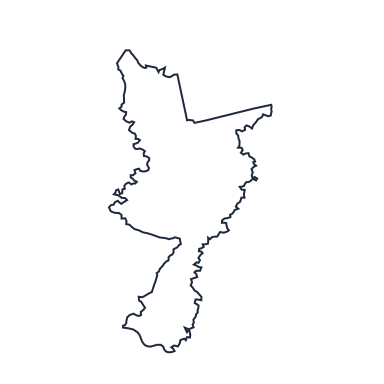 outline of Corbélia, Paraná, Brazil, rotated 168°
{"feature_id": "56859067B16321147741741", "entity_name": "Corbélia", "entity_type": "district", "adm_level": 2, "iso_a3": "BRA", "parent_name": "Brazil", "parent_adm1": "Paraná", "projection": "mercator", "projection_center": [-53.229, -24.737], "detail": "fine", "context": "isolated", "style": "outline", "palette": "slate", "viewbox_px": 384, "rotation_deg": 168, "n_neighbors": 0, "source": "geoboundaries", "source_scale": "gbopen_adm2", "svg_char_len": 4550}
<svg xmlns="http://www.w3.org/2000/svg" viewBox="0 0 384 384"><g transform="rotate(168 192 192)"><path d="M287.6,73.7L282.6,71.9L278.0,69.7L274.4,66.0L273.0,63.0L272.4,59.4L271.9,56.1L270.5,52.9L269.1,51.3L267.1,50.1L264.5,49.4L258.0,49.8L254.3,49.0L252.3,46.7L252.0,44.0L250.8,41.6L248.7,40.2L244.8,39.6L242.1,40.1L242.9,42.6L244.5,44.4L241.5,45.6L237.9,43.9L235.4,46.6L234.3,49.4L231.9,50.0L229.9,50.1L228.9,48.3L227.0,51.1L224.3,50.1L223.4,52.5L223.3,54.7L223.6,58.3L221.5,58.8L218.6,59.3L219.0,62.2L217.4,63.8L217.1,66.9L214.4,69.2L213.5,71.5L211.4,72.9L211.2,75.0L210.0,77.0L209.2,79.7L210.5,81.1L212.4,82.8L210.9,86.1L208.9,85.7L205.4,84.2L204.6,87.5L207.8,93.2L210.0,95.1L211.1,98.2L212.7,100.8L210.7,103.8L211.1,107.0L204.7,107.7L204.8,110.6L206.3,113.0L204.3,114.0L200.5,113.3L198.5,116.3L201.0,117.2L202.9,119.1L205.2,120.6L202.2,122.2L200.3,121.4L198.4,123.6L199.4,126.2L196.9,128.6L194.3,130.0L195.4,131.9L197.6,132.6L196.8,134.9L194.5,135.0L191.9,135.9L192.4,138.5L190.1,138.1L187.1,138.2L186.4,140.4L185.7,144.0L184.2,142.1L181.8,143.7L178.9,143.6L176.8,143.1L174.6,145.2L172.9,147.0L169.3,145.6L166.3,145.9L163.9,146.8L165.1,149.3L165.2,151.9L165.0,154.5L167.2,155.4L169.1,155.6L168.4,158.1L165.8,159.3L162.1,159.1L159.6,159.5L159.5,161.8L157.6,162.2L155.5,163.6L154.1,165.5L152.1,165.8L150.2,166.0L152.2,168.6L150.0,171.3L147.3,172.2L145.8,174.3L144.9,176.2L141.8,175.6L141.9,178.3L140.0,183.1L142.9,183.9L144.2,187.1L142.3,186.9L139.8,187.1L138.5,189.1L137.0,190.3L134.7,190.0L132.8,190.4L129.7,192.4L130.2,195.5L128.5,198.6L129.0,202.1L126.2,203.8L123.9,204.4L125.5,206.2L125.9,208.4L124.0,208.7L124.3,211.0L126.4,213.3L128.4,214.8L128.7,218.3L131.9,218.5L134.0,217.9L136.0,220.3L133.7,222.4L134.3,224.9L137.7,225.8L136.1,227.2L135.4,229.8L134.9,232.1L135.4,234.8L135.1,237.6L136.5,240.2L135.8,243.2L132.6,242.8L130.5,240.9L127.1,241.8L127.1,244.3L124.9,245.8L122.3,244.2L120.1,241.6L118.2,244.6L114.8,247.1L112.2,249.6L109.7,250.1L107.6,251.1L106.3,253.2L104.2,251.8L101.6,250.3L99.1,250.4L98.3,252.3L97.4,254.1L97.3,256.8L96.4,258.7L96.4,260.8L113.8,260.8L163.8,259.1L175.2,259.1L176.2,261.8L180.0,263.1L181.9,263.1L181.9,267.3L181.9,269.4L181.9,290.3L181.9,310.0L185.3,310.5L187.9,309.4L189.8,308.9L193.5,310.5L195.7,312.6L192.6,319.3L195.4,318.4L198.3,318.1L199.8,316.2L201.1,321.0L210.8,325.3L210.8,323.2L212.7,323.2L215.3,325.4L216.6,327.5L217.7,329.6L218.2,332.4L219.6,334.7L221.4,338.6L222.5,340.2L223.6,343.5L227.4,344.4L238.6,333.5L238.0,329.3L238.7,327.2L236.8,325.7L235.8,321.7L234.9,319.8L236.3,317.9L235.6,315.7L235.1,313.5L235.0,310.8L235.4,308.6L236.2,305.8L237.2,303.6L238.5,301.0L239.2,297.0L239.8,293.5L242.7,292.2L243.2,290.0L245.7,288.9L244.3,286.8L242.1,284.8L239.8,283.9L240.5,281.5L242.5,279.7L243.7,277.6L241.6,274.8L238.8,272.8L236.1,273.6L234.1,272.3L236.4,270.0L238.9,268.8L240.8,265.6L237.9,262.2L235.7,260.9L235.2,258.5L236.2,255.7L233.8,255.2L232.2,253.6L234.5,251.6L236.5,251.1L239.2,250.9L239.7,248.3L238.4,246.0L236.2,245.3L234.3,245.6L231.5,243.8L229.6,241.7L231.3,239.7L231.5,237.1L228.8,236.2L226.8,233.9L227.5,231.7L229.1,230.5L230.3,228.1L229.1,224.3L230.3,222.4L233.1,221.9L235.6,222.2L238.4,223.6L238.9,225.8L241.4,225.8L243.7,225.4L243.4,222.1L246.1,220.7L248.4,221.2L248.9,219.0L247.4,217.5L245.8,214.9L243.9,213.5L245.7,212.1L247.8,212.6L249.7,212.0L251.8,214.5L253.7,214.1L255.4,213.5L257.0,211.9L257.1,209.1L259.5,209.0L260.5,205.4L262.9,205.1L263.6,209.8L265.8,209.5L267.0,207.4L268.9,206.0L265.1,204.3L263.6,202.9L261.8,200.7L258.6,199.9L257.2,197.6L261.1,196.2L263.6,195.1L265.0,196.7L266.4,198.8L269.7,198.0L271.0,196.0L274.2,195.9L276.4,194.2L275.4,190.0L272.5,188.0L270.2,187.2L267.8,186.6L265.7,184.2L266.4,180.6L262.9,180.2L262.1,177.3L263.0,174.3L259.9,172.9L257.9,170.0L255.8,167.6L251.7,165.4L248.3,162.7L244.8,161.2L241.5,159.5L239.8,158.5L233.1,154.3L227.5,152.4L224.3,150.6L222.0,150.8L220.0,150.7L218.3,151.3L213.6,148.9L213.8,143.3L215.7,142.9L218.0,140.9L222.0,139.8L222.6,136.6L224.4,134.9L226.3,134.5L228.3,133.3L229.2,130.0L231.5,129.4L234.1,127.8L235.7,126.0L237.3,125.0L239.3,123.6L240.9,121.2L243.4,120.0L243.3,117.8L245.8,113.0L248.1,109.4L252.1,102.5L255.2,101.8L258.8,100.5L262.5,99.4L265.9,100.6L266.3,96.7L264.5,95.1L263.3,91.7L262.0,88.7L263.4,87.3L265.0,86.3L267.0,85.4L267.5,82.2L269.8,81.8L272.1,83.0L274.4,85.1L278.3,84.7L281.4,82.9L282.8,79.9L283.6,77.4L285.3,75.7L287.2,75.6L287.6,73.7ZM223.6,58.3L226.1,55.9L227.2,60.8L223.6,58.3ZM129.7,192.4L127.0,190.0L125.5,191.6L127.7,193.7L129.7,192.4Z" fill="none" stroke="#1e293b" stroke-width="2"/></g></svg>